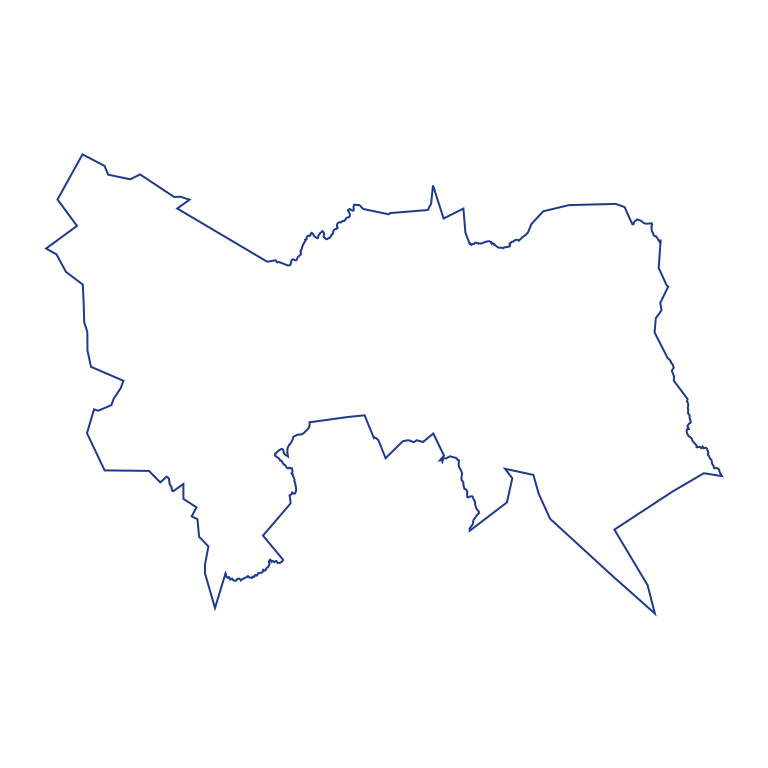 Uruachi, Chihuahua, Mexico
{"feature_id": "50627088B4184029057526", "entity_name": "Uruachi", "entity_type": "district", "adm_level": 2, "iso_a3": "MEX", "parent_name": "Mexico", "parent_adm1": "Chihuahua", "projection": "equal_earth", "projection_center": [-108.421, 27.836], "detail": "fine", "context": "isolated", "style": "outline", "palette": "blue", "viewbox_px": 768, "rotation_deg": 0, "n_neighbors": 0, "source": "geoboundaries", "source_scale": "gbopen_adm2", "svg_char_len": 6112}
<svg xmlns="http://www.w3.org/2000/svg" viewBox="0 0 768 768"><path d="M550.1,518.8L612.0,575.5L654.9,613.6L647.6,585.2L614.4,529.6L672.6,491.5L703.9,473.2L721.9,476.1L719.6,472.0L719.2,470.1L718.5,468.8L716.4,467.9L714.7,468.3L714.0,468.0L713.7,466.4L712.0,463.3L711.6,460.1L709.8,458.2L709.2,456.3L708.1,455.1L708.0,453.5L708.3,452.5L707.1,449.1L705.8,447.7L703.5,448.2L703.1,447.0L702.6,446.6L701.9,447.9L701.4,448.2L699.9,446.9L696.6,447.3L696.4,447.0L696.6,445.5L692.9,441.5L691.6,438.4L688.6,436.0L687.5,434.4L686.7,431.7L686.7,429.9L687.2,429.1L688.8,429.0L687.4,426.2L688.8,423.9L690.6,422.7L690.8,421.8L690.5,421.3L690.5,420.2L689.9,419.4L689.6,418.0L689.6,415.3L688.0,413.3L688.2,410.0L687.8,407.6L688.2,406.0L688.2,404.4L687.9,403.0L687.0,401.5L687.6,399.1L673.8,380.7L674.0,376.4L671.9,370.9L672.2,369.9L673.7,367.8L672.7,364.4L671.3,363.1L671.0,362.4L670.8,361.3L669.9,360.4L669.8,359.8L667.7,358.2L654.6,332.5L655.8,318.2L661.5,310.4L660.3,302.8L668.2,286.6L666.7,285.4L658.7,267.9L660.7,239.6L659.7,242.0L659.0,240.7L658.3,240.1L657.4,238.0L656.4,237.1L655.9,236.2L654.4,235.8L653.5,234.9L653.4,234.1L652.0,231.3L651.7,230.1L651.5,228.3L651.8,227.6L651.4,226.1L652.1,224.4L651.7,223.3L646.7,223.7L645.0,223.5L643.2,222.6L641.4,221.0L637.1,219.4L635.8,220.6L635.3,220.7L634.0,222.2L633.4,224.3L632.3,224.1L624.6,207.1L615.7,203.9L569.1,205.1L543.2,211.3L531.4,224.1L527.9,232.7L527.1,233.2L526.2,234.5L523.2,236.6L518.8,240.7L517.9,239.9L516.2,239.8L514.8,240.3L513.3,241.6L512.2,241.6L510.8,242.8L510.3,242.8L510.1,243.9L509.7,243.9L510.0,246.0L509.7,246.5L508.1,246.6L506.6,247.2L505.1,247.2L504.0,247.5L503.5,248.2L503.1,247.9L498.4,247.6L495.2,245.3L494.5,245.2L494.2,243.9L492.5,243.3L491.7,243.9L491.3,243.3L491.0,241.9L489.0,241.2L487.7,241.3L486.8,241.8L486.3,241.6L481.0,243.6L479.0,243.3L478.3,243.7L476.2,242.7L475.0,242.8L474.1,243.9L472.5,244.0L471.5,244.9L471.2,244.2L470.4,244.0L470.2,243.6L469.7,243.9L465.4,232.6L463.4,208.6L443.6,218.5L433.0,185.4L431.1,203.7L427.8,210.0L390.1,213.1L388.7,214.3L363.4,209.0L361.3,207.1L360.5,205.9L359.1,205.0L355.7,205.0L354.8,204.6L354.1,204.7L353.5,207.2L353.8,209.6L353.5,210.5L352.6,210.7L349.6,208.9L348.0,210.1L348.0,210.8L348.7,211.4L349.9,214.4L349.9,215.7L349.2,217.1L346.6,217.8L344.8,220.4L344.0,221.1L342.4,221.0L341.1,222.4L339.3,222.2L337.8,223.1L336.9,224.8L337.0,226.3L337.7,227.7L337.5,228.4L336.5,228.6L335.9,229.2L335.0,229.2L334.0,229.9L333.3,231.2L332.8,233.6L331.2,235.3L330.8,236.6L329.6,237.9L328.7,238.0L327.8,238.7L326.2,239.3L324.8,237.9L324.3,237.6L323.5,236.6L324.2,234.0L323.1,231.6L322.4,231.1L321.9,231.9L320.4,232.7L319.1,234.8L318.6,235.2L317.8,238.1L317.3,238.2L314.2,236.4L313.8,235.3L312.5,233.5L312.1,232.9L311.5,232.8L310.8,233.9L310.2,235.7L309.6,235.9L309.2,235.6L308.4,235.6L307.3,236.5L306.7,237.3L306.6,239.1L305.1,239.8L305.5,240.6L303.6,243.6L302.6,245.8L301.5,249.5L300.6,251.0L300.4,251.7L300.9,252.3L301.0,253.2L300.7,254.6L297.9,257.0L297.0,258.8L296.8,259.7L296.1,260.3L294.7,260.2L293.4,259.3L291.7,259.9L291.1,262.0L291.2,262.9L290.8,263.3L290.4,264.9L290.1,265.2L288.0,265.5L278.7,261.9L277.2,262.4L275.6,260.3L267.2,261.7L177.2,208.5L189.5,199.7L180.8,196.8L174.0,196.9L140.0,174.4L130.3,179.3L108.2,174.7L104.5,165.9L82.5,154.4L57.5,199.5L77.0,225.9L46.1,248.5L56.5,254.4L66.0,271.9L82.8,284.6L83.7,303.5L84.2,322.3L87.3,331.9L87.5,350.7L91.0,366.8L123.4,380.8L120.8,388.0L113.5,399.1L111.4,405.1L98.3,410.7L94.0,409.4L87.0,433.2L104.6,470.4L149.0,470.9L160.3,482.4L166.6,476.7L167.2,476.9L168.9,478.6L169.7,484.3L171.5,487.0L172.0,490.5L172.9,491.1L173.4,491.1L183.4,484.0L183.4,498.8L196.5,507.4L191.7,516.3L197.4,519.1L199.1,536.7L199.4,537.3L200.4,538.0L208.4,546.4L205.0,564.6L204.9,573.0L215.0,608.0L225.5,573.4L226.0,574.5L226.4,576.9L226.6,577.2L227.8,577.8L228.7,577.0L229.3,577.3L229.8,579.0L230.4,579.6L232.1,578.6L232.9,579.9L234.2,580.6L235.4,580.8L236.5,580.2L236.8,579.5L237.6,578.8L239.3,578.7L240.4,579.5L240.7,580.4L244.1,578.2L247.0,577.0L247.5,576.2L248.5,576.3L249.3,577.4L252.1,577.9L252.5,577.6L252.6,576.7L253.7,576.9L254.5,576.6L254.7,575.5L255.3,575.0L256.8,575.6L258.1,573.8L258.1,573.3L261.9,572.6L262.8,571.6L263.2,569.7L263.5,569.7L264.2,570.7L265.8,570.1L266.2,568.5L267.9,567.1L269.4,564.4L268.9,561.5L270.1,559.7L270.8,560.2L271.5,561.9L272.6,561.0L274.3,562.1L275.3,561.2L276.2,561.0L276.7,561.3L277.2,562.6L277.5,562.9L280.2,562.8L282.8,560.8L283.0,559.7L263.0,535.6L290.6,503.4L290.1,498.2L289.5,495.6L289.7,495.2L291.6,494.2L292.2,492.5L294.3,493.8L294.9,493.5L296.1,491.0L296.1,489.5L295.9,488.6L296.0,487.1L295.5,486.0L295.5,484.6L295.0,482.3L294.4,481.7L294.5,479.7L294.2,478.5L292.7,475.3L292.8,474.7L292.2,474.1L292.4,473.6L291.6,473.2L292.2,472.2L292.5,471.0L291.9,468.3L290.8,468.5L289.4,467.6L288.0,468.4L286.8,467.8L285.0,464.9L284.2,464.7L283.0,463.5L281.4,460.6L280.3,460.6L279.9,459.7L278.7,458.3L275.3,456.0L275.1,455.4L275.4,454.6L275.1,453.7L276.3,453.0L277.2,451.8L278.9,450.5L281.2,449.0L282.1,449.0L283.2,449.9L283.9,453.1L285.7,455.3L287.1,455.6L287.9,456.3L287.7,455.2L287.8,454.0L287.3,453.0L287.5,448.2L289.1,444.8L290.1,444.2L292.4,440.1L293.4,436.8L297.6,434.6L301.6,434.4L303.6,433.2L308.3,428.5L309.7,425.7L309.5,422.3L347.8,417.0L364.6,415.3L373.9,438.1L374.7,437.4L375.7,437.9L378.4,440.2L385.6,458.2L402.7,441.3L407.6,440.3L409.7,440.5L413.1,442.1L414.2,442.0L416.7,440.2L421.1,441.5L421.8,441.4L422.9,442.1L433.3,433.5L444.0,455.6L440.0,460.3L440.5,460.2L441.3,459.5L441.7,459.7L442.4,461.5L442.7,460.6L442.7,459.7L443.6,458.3L446.2,458.3L450.0,456.3L456.4,458.1L457.7,459.9L458.9,460.3L458.8,463.0L458.6,464.0L459.2,467.4L460.9,470.0L462.2,473.9L461.6,475.6L461.7,477.0L461.4,477.7L461.4,479.7L462.7,481.3L463.4,483.0L463.4,484.7L464.3,488.6L465.2,489.3L466.2,489.5L467.3,491.6L467.1,495.1L467.3,497.1L468.1,497.5L470.1,496.5L472.0,496.3L472.7,496.6L473.3,498.6L475.1,502.1L475.0,503.9L476.2,508.0L477.4,510.2L478.8,511.4L479.0,513.1L477.2,514.8L473.4,520.2L472.7,524.4L469.6,528.6L469.7,530.8L506.9,502.4L512.3,478.3L505.1,468.8L533.4,474.9L538.6,493.5L550.1,518.8Z" fill="none" stroke="#1e3a8a" stroke-width="2"/></svg>